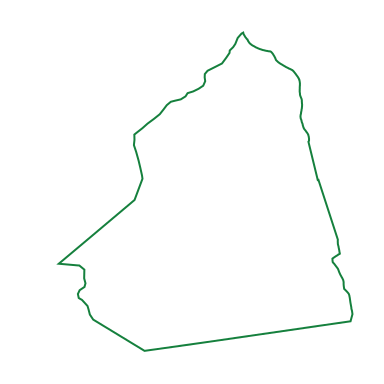 Barre De L'Isle, Castries, Saint Lucia, rotated 262°
{"feature_id": "8701671B51325698675387", "entity_name": "Barre De L'Isle", "entity_type": "district", "adm_level": 2, "iso_a3": "LCA", "parent_name": "Saint Lucia", "parent_adm1": "Castries", "projection": "equal_earth", "projection_center": [-60.956, 13.925], "detail": "fine", "context": "isolated", "style": "outline", "palette": "green", "viewbox_px": 384, "rotation_deg": 262, "n_neighbors": 0, "source": "geoboundaries", "source_scale": "gbopen_adm2", "svg_char_len": 5606}
<svg xmlns="http://www.w3.org/2000/svg" viewBox="0 0 384 384"><g transform="rotate(262 192 192)"><path d="M139.5,50.1L135.2,68.7L134.9,70.2L132.5,72.4L130.1,74.6L121.5,73.2L116.4,73.8L113.6,72.6L112.9,72.3L112.5,71.4L110.4,67.1L106.9,64.8L102.8,65.1L101.8,66.3L100.5,68.0L93.8,72.6L93.5,72.7L90.2,73.2L84.8,73.8L79.4,76.4L41.3,122.9L41.3,174.9L41.3,180.1L41.5,228.5L41.8,298.5L41.9,331.0L48.7,333.9L49.2,333.9L49.5,333.9L50.1,333.9L50.9,333.9L52.0,333.9L54.3,333.6L55.6,333.7L57.7,333.6L60.5,333.5L63.5,333.5L64.6,333.5L65.5,333.5L66.9,333.4L67.7,333.4L69.5,333.0L70.3,332.5L70.8,332.2L71.4,331.8L72.4,331.1L73.9,330.0L74.4,329.6L74.7,329.3L75.1,329.2L77.2,329.2L77.8,329.2L79.5,329.3L81.0,329.5L81.5,329.6L82.1,329.6L83.3,329.5L83.7,329.5L86.2,328.7L86.5,328.5L87.7,328.1L88.9,327.6L89.8,327.3L90.1,327.2L90.8,327.0L92.2,326.6L94.1,326.2L95.4,325.9L96.3,325.5L96.8,325.2L97.9,324.6L98.6,324.2L99.5,323.7L100.8,323.0L101.2,322.8L101.9,322.2L102.2,322.1L103.0,321.6L104.3,321.6L106.5,321.8L107.0,322.7L107.9,324.5L108.2,325.1L108.7,326.2L108.8,326.5L109.1,327.2L109.2,327.5L109.7,328.1L109.9,328.7L110.0,329.4L110.3,329.8L110.6,329.8L111.2,329.8L111.9,329.7L112.7,329.7L113.2,329.7L113.6,329.7L114.0,329.7L114.7,329.6L115.1,329.6L115.4,329.6L115.7,329.6L116.2,329.5L117.5,329.5L120.1,329.2L123.1,329.5L124.5,329.8L186.4,318.9L186.3,318.2L186.7,318.1L187.4,318.1L224.5,314.4L225.6,314.3L225.9,314.6L226.3,314.9L226.6,315.0L226.9,315.1L227.5,315.1L227.8,315.2L228.2,315.3L228.5,315.3L228.8,315.3L229.2,315.3L230.1,315.3L230.3,315.3L230.6,315.3L230.9,315.3L231.2,315.2L231.9,315.1L232.3,315.1L232.6,315.1L233.0,314.9L233.6,314.7L234.2,314.4L234.7,314.2L234.9,314.1L235.2,313.9L235.5,313.7L236.3,313.3L237.0,313.0L237.6,312.6L237.9,312.4L238.8,311.9L239.4,311.6L239.9,311.6L240.2,311.4L240.8,311.3L241.4,311.2L241.7,311.2L242.1,311.1L242.4,311.0L242.7,311.0L243.3,311.0L243.7,311.0L244.2,310.9L244.7,310.8L245.0,310.7L245.4,310.6L245.7,310.5L246.5,310.4L246.8,310.4L247.1,310.4L247.9,310.3L248.6,310.2L248.9,310.1L249.2,310.0L249.5,309.9L249.8,309.9L250.3,309.9L250.9,309.9L251.3,309.9L251.6,309.9L251.9,310.0L252.2,310.1L252.5,310.1L252.8,310.2L253.3,310.3L253.6,310.5L254.2,310.7L254.6,310.9L255.0,310.9L255.3,311.0L255.7,311.1L256.0,311.3L256.3,311.3L256.7,311.5L257.2,311.7L257.5,311.8L257.8,311.8L258.7,312.1L259.0,312.2L259.4,312.4L260.0,312.5L260.4,312.6L260.7,312.7L261.0,312.8L261.3,312.8L261.6,312.9L261.9,313.0L262.4,313.0L262.7,313.1L263.0,313.2L263.5,313.2L263.8,313.2L264.2,313.2L264.5,313.2L264.8,313.3L265.1,313.3L265.5,313.3L265.8,313.3L266.0,313.3L266.3,313.4L266.6,313.4L267.0,313.5L267.5,313.5L267.8,313.5L268.2,313.5L268.5,313.5L268.9,313.4L269.1,313.4L270.2,313.1L270.5,313.0L271.1,312.9L271.5,312.8L271.8,312.7L272.3,312.6L272.6,312.6L272.9,312.5L273.4,312.5L273.8,312.5L274.1,312.6L274.4,312.6L274.8,312.6L275.4,312.6L275.8,312.6L276.1,312.6L276.5,312.6L276.9,312.7L277.3,312.7L277.5,312.8L277.9,312.9L278.2,312.9L278.4,312.9L278.6,312.9L279.2,313.1L279.5,313.1L280.1,313.2L280.3,313.2L280.8,313.3L281.1,313.4L281.4,313.4L281.8,313.5L282.1,313.5L282.5,313.7L283.0,313.8L283.4,313.8L284.1,313.9L284.5,314.0L284.8,314.0L285.3,314.0L285.6,314.0L286.1,314.0L286.4,314.0L286.8,314.0L287.1,314.0L287.6,313.9L287.9,313.8L288.3,313.9L288.6,313.7L288.9,313.7L289.3,313.6L289.6,313.4L289.9,313.4L290.2,313.2L290.8,313.0L291.0,312.9L291.8,312.5L292.0,312.4L292.7,312.0L293.0,311.8L293.3,311.7L293.7,311.5L294.1,311.3L294.8,310.9L295.1,310.7L295.5,310.5L296.0,310.2L296.3,310.0L296.9,309.7L297.4,309.3L297.7,309.2L297.9,309.0L298.4,308.5L298.7,308.4L299.0,307.9L299.2,307.5L299.7,307.0L299.9,306.6L300.2,306.2L300.5,305.7L300.7,305.3L300.9,304.9L301.2,304.7L301.7,303.9L301.9,303.6L302.3,303.1L302.7,302.4L303.1,302.0L303.3,301.8L303.6,301.3L304.2,300.6L304.9,299.7L305.1,299.5L305.6,298.9L306.2,298.1L306.5,297.7L306.9,297.2L307.3,296.8L307.5,296.6L307.9,296.1L308.3,295.8L308.5,295.5L308.9,295.2L309.4,294.8L309.8,294.5L310.0,294.3L310.4,294.0L310.8,293.7L311.1,293.5L311.5,293.4L311.8,293.4L312.4,293.2L312.7,293.1L313.1,293.1L313.5,292.9L314.0,292.7L314.5,292.6L315.0,292.4L315.4,292.2L315.9,292.0L316.5,291.7L317.1,291.5L317.5,291.3L318.0,291.0L318.4,290.8L319.0,290.4L319.4,290.1L319.7,289.9L320.0,289.6L320.2,289.3L320.4,288.9L320.4,288.5L320.6,288.1L320.7,287.6L320.8,287.0L321.0,286.7L321.2,286.3L321.3,285.8L321.4,285.3L321.6,284.8L321.8,284.4L321.9,284.1L322.0,283.8L322.1,283.5L322.4,283.0L322.5,282.6L322.6,282.2L322.8,281.7L323.1,281.2L323.2,280.9L323.3,280.7L323.5,280.4L323.8,279.8L324.0,279.3L324.2,278.9L324.5,278.4L324.8,277.9L325.1,277.4L325.3,277.0L325.6,276.6L326.0,276.0L326.2,275.6L326.4,275.3L326.9,274.7L327.6,273.9L327.7,273.7L328.4,272.7L328.7,272.3L329.3,271.6L329.6,271.4L329.8,271.2L330.0,270.9L330.3,270.7L330.5,270.5L330.9,270.2L331.0,270.0L331.4,269.7L331.9,269.5L332.1,269.4L332.6,269.1L333.3,268.8L333.6,268.6L333.9,268.6L334.2,268.4L334.5,268.3L335.3,268.2L335.6,267.8L335.9,267.6L336.2,267.4L337.0,267.0L337.3,266.8L337.9,266.4L338.4,266.2L338.9,266.0L339.7,265.7L340.5,265.3L340.8,265.2L341.2,265.0L341.5,265.0L341.8,265.0L342.7,264.9L342.0,263.1L338.2,258.7L332.6,255.5L329.7,252.9L326.9,249.1L324.5,248.5L320.3,244.7L315.1,239.6L312.7,232.6L309.9,224.3L307.0,221.1L303.7,220.5L299.9,220.5L295.7,217.9L293.3,212.9L291.4,207.1L290.5,201.4L287.6,198.9L285.3,193.8L284.8,188.1L284.3,183.6L281.5,179.1L277.7,175.3L273.5,170.9L269.7,164.5L265.9,157.5L262.1,151.8L258.8,146.1L256.9,142.9L251.7,142.3L246.5,141.0L239.4,142.3L230.4,143.5L222.9,144.2L215.3,144.8L212.0,144.8L192.1,134.0L159.9,82.7L139.5,50.1Z" fill="none" stroke="#15803d" stroke-width="2"/></g></svg>